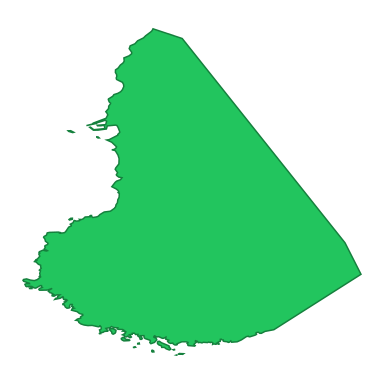 outline of Sandgerðisbær, Suðurnes, Iceland
{"feature_id": "244011B94929237668673", "entity_name": "Sandgerðisbær", "entity_type": "district", "adm_level": 2, "iso_a3": "ISL", "parent_name": "Iceland", "parent_adm1": "Suðurnes", "projection": "equal_earth", "projection_center": [-22.71, 64.01], "detail": "fine", "context": "isolated", "style": "filled", "palette": "green", "viewbox_px": 384, "rotation_deg": 0, "n_neighbors": 0, "source": "geoboundaries", "source_scale": "gbopen_adm2", "svg_char_len": 5918}
<svg xmlns="http://www.w3.org/2000/svg" viewBox="0 0 384 384"><path d="M345.0,242.8L182.2,38.5L153.0,28.8L152.1,30.6L150.8,31.9L145.7,35.7L143.5,37.9L137.6,40.8L134.9,43.8L130.2,45.8L129.2,48.7L131.7,52.3L131.6,53.8L129.1,55.8L123.9,57.9L124.2,61.2L123.8,61.8L122.9,63.1L120.4,65.0L118.0,68.2L115.5,69.9L115.4,72.5L116.5,74.3L116.8,76.2L116.2,78.0L116.6,79.5L122.4,82.3L123.5,84.3L123.8,86.5L122.4,89.7L120.7,91.7L117.9,93.3L113.9,94.6L112.7,96.3L108.5,98.9L108.3,99.6L109.2,101.9L110.6,103.1L110.5,103.7L108.7,106.2L108.6,108.5L105.8,111.7L106.9,113.0L107.8,114.9L106.0,118.3L93.2,123.1L92.2,124.1L86.4,125.6L95.8,123.6L95.4,123.3L105.2,120.3L106.6,121.2L105.7,124.6L97.2,125.3L97.5,125.8L100.8,125.8L104.1,125.2L104.9,128.6L93.8,129.7L90.4,127.1L89.7,127.3L93.4,130.2L98.2,130.1L106.4,129.0L107.3,125.9L115.5,125.1L116.9,125.5L118.1,127.5L119.7,131.7L119.7,132.5L117.8,134.4L117.8,135.2L109.2,139.6L106.8,140.0L111.7,142.2L116.5,146.8L116.1,147.9L114.3,149.4L111.8,149.8L115.0,150.5L115.7,151.3L118.0,155.1L119.1,158.7L118.9,163.9L115.7,168.0L115.2,169.3L117.6,172.7L116.3,174.8L116.7,175.5L118.7,177.1L122.0,177.7L120.5,179.7L116.6,181.1L115.2,182.3L111.8,186.7L116.1,188.9L118.0,190.4L118.8,192.0L118.1,192.6L119.3,193.5L119.1,197.3L117.8,199.8L117.4,202.8L116.0,204.8L115.6,206.8L114.2,208.5L110.4,211.2L104.2,212.0L100.0,214.5L98.2,216.3L96.6,216.9L92.8,217.5L91.3,216.1L91.5,215.5L90.8,215.4L89.9,215.9L90.2,216.7L85.1,217.0L83.2,218.8L81.6,219.5L79.5,219.4L80.1,220.1L79.1,220.8L76.3,221.1L74.5,220.5L73.9,220.8L73.1,222.7L70.3,224.2L71.3,225.1L71.3,225.9L68.7,227.1L65.6,231.7L64.4,232.7L60.1,233.3L59.6,233.1L60.1,232.5L58.3,232.1L49.3,232.4L47.2,232.9L46.5,235.1L44.0,236.5L43.6,237.3L45.0,239.3L45.4,241.2L48.0,243.2L47.6,244.5L45.1,245.6L44.8,246.2L45.2,247.5L44.1,249.2L44.3,249.7L46.6,250.2L47.4,250.7L46.3,251.0L42.9,250.2L39.4,251.7L39.0,252.4L39.8,253.1L38.8,254.0L39.8,256.2L37.3,259.1L36.1,259.6L36.7,260.4L35.3,260.6L34.5,261.6L36.1,262.0L38.4,264.3L40.6,265.2L40.7,267.2L41.2,268.3L39.4,270.1L40.5,270.8L39.7,273.5L40.2,275.2L39.5,276.3L40.2,276.3L40.6,276.9L37.3,279.6L34.4,280.6L30.5,280.1L26.6,278.9L23.5,279.5L23.0,280.4L23.7,281.3L29.5,283.3L29.6,283.7L26.4,283.6L24.9,284.3L25.8,286.2L26.7,286.7L29.3,286.2L31.8,286.4L34.1,287.9L35.8,288.1L40.2,285.6L41.5,285.6L41.4,286.6L42.3,287.4L39.4,288.5L38.9,289.6L39.5,290.2L47.2,290.1L52.2,288.4L49.1,290.2L48.4,291.5L49.7,292.1L49.9,292.7L51.4,293.0L53.7,294.5L52.0,295.1L52.2,295.9L54.0,296.2L56.7,294.8L59.8,294.9L57.7,296.5L57.7,297.8L55.6,298.4L54.8,299.4L60.1,298.3L62.9,296.7L63.4,297.3L63.1,298.2L63.6,299.3L66.2,299.5L67.1,300.2L64.9,301.2L66.0,301.6L62.8,304.0L62.9,304.6L64.4,305.0L65.3,307.0L67.0,308.2L69.0,308.0L69.9,307.4L69.4,306.2L70.3,304.5L72.2,304.4L72.4,304.7L71.7,306.3L73.2,306.8L72.7,307.7L74.1,308.2L71.9,309.1L71.5,310.2L77.2,311.7L79.4,313.5L82.7,314.4L82.8,315.3L80.6,316.8L80.7,318.1L77.3,319.1L75.8,320.3L77.6,320.5L78.8,321.7L78.8,322.4L80.8,323.9L84.0,325.0L87.9,325.6L92.1,325.4L98.4,326.8L99.6,326.5L99.7,325.8L100.1,325.7L101.1,327.0L101.3,328.4L100.9,329.3L99.5,329.9L100.4,332.9L99.4,333.4L99.5,333.7L100.8,333.6L100.8,332.7L102.9,332.4L104.6,331.4L107.7,331.2L108.0,330.8L105.9,328.4L110.1,327.6L111.4,326.5L113.8,327.5L117.8,327.8L117.3,328.8L118.0,329.3L122.7,329.5L123.8,330.2L122.7,331.1L125.4,331.3L125.9,331.9L125.0,332.7L125.2,333.4L122.5,334.8L124.3,335.4L124.4,336.4L124.9,336.9L126.8,336.8L128.0,336.0L129.4,337.6L130.8,337.5L131.4,337.0L129.5,334.7L132.2,334.3L132.2,333.3L134.4,333.2L135.6,334.5L138.0,334.4L137.7,335.8L139.5,337.2L140.2,339.3L141.2,339.4L142.1,338.9L142.2,338.3L140.4,335.7L143.9,335.6L144.2,337.8L145.2,338.6L149.9,340.2L150.4,340.9L149.8,342.6L150.9,343.7L154.5,342.4L156.8,339.8L156.1,338.3L153.9,337.2L153.9,336.4L154.7,335.8L156.4,336.9L158.8,336.7L162.3,338.3L164.0,338.2L165.9,337.1L165.8,339.2L168.7,340.2L167.6,341.3L168.6,342.6L170.5,343.4L172.8,343.1L173.4,344.1L175.0,345.0L176.8,344.9L177.2,344.5L176.8,344.0L177.2,343.7L181.8,341.8L186.1,341.8L187.9,342.4L187.1,343.5L187.9,344.1L187.8,345.1L188.3,345.6L194.7,346.1L195.2,345.6L194.0,344.7L194.2,344.0L196.4,342.2L195.3,341.1L195.6,340.7L197.5,341.4L198.3,342.7L199.9,342.4L202.0,342.9L203.3,342.3L207.6,342.6L208.7,342.0L210.3,342.6L211.0,342.1L212.7,342.6L212.6,344.4L213.7,343.9L215.9,344.3L216.5,344.0L216.4,343.2L216.8,343.1L218.3,344.2L218.9,344.2L219.2,344.0L217.9,342.4L218.4,341.9L220.2,341.4L220.3,339.3L221.4,339.2L222.0,339.9L223.3,340.0L223.3,341.1L224.1,341.4L227.3,341.8L228.2,342.4L229.5,342.1L230.8,340.9L231.6,342.2L237.2,341.8L241.4,339.9L246.4,336.6L248.4,336.2L249.0,336.8L249.9,336.8L255.0,335.2L256.5,334.4L255.9,333.1L256.5,332.5L258.5,332.3L259.7,333.3L261.4,333.3L265.0,331.4L273.9,329.7L361.0,274.3L345.0,242.8ZM169.0,347.1L169.3,346.4L168.9,345.8L161.4,342.7L159.5,341.3L158.1,341.4L157.5,342.0L157.5,343.6L158.7,344.8L161.4,345.9L161.7,347.4L164.4,347.4L166.1,348.8L169.3,350.0L170.5,349.4L170.6,348.4L169.0,347.1ZM113.1,334.2L115.0,333.3L115.7,332.2L116.0,330.3L113.3,328.8L111.8,328.6L109.6,329.0L109.3,329.6L111.6,331.8L112.0,333.5L113.1,334.2ZM129.3,340.6L129.7,340.2L129.0,339.7L125.9,339.3L123.8,337.6L122.9,337.4L121.3,338.4L121.3,339.1L122.2,340.1L123.9,340.9L129.3,340.6ZM73.8,132.3L70.7,130.7L68.1,130.8L68.7,131.4L72.7,132.6L73.8,132.3ZM69.4,220.0L72.4,219.3L72.4,218.2L70.7,218.3L69.0,219.5L69.4,220.0ZM182.8,354.3L183.6,353.7L179.4,353.5L178.0,354.2L182.8,354.3ZM153.9,351.9L153.7,350.9L152.6,350.2L151.8,350.4L151.8,351.6L152.3,352.0L153.9,351.9ZM32.0,288.6L32.1,288.0L31.3,287.7L29.4,288.0L29.8,288.6L32.0,288.6ZM139.4,344.0L139.2,343.0L137.7,343.4L137.7,344.0L139.4,344.0ZM99.2,137.9L98.2,137.0L96.8,136.8L96.8,137.3L98.1,138.0L99.2,137.9ZM135.6,347.2L135.1,346.7L133.0,347.4L134.1,347.6L135.6,347.2ZM174.6,349.8L174.5,349.4L173.1,349.7L173.8,350.1L174.6,349.8ZM176.7,355.2L177.5,354.7L176.3,355.1L176.7,355.2Z" fill="#22c55e" stroke="#15803d" stroke-width="1.5"/></svg>